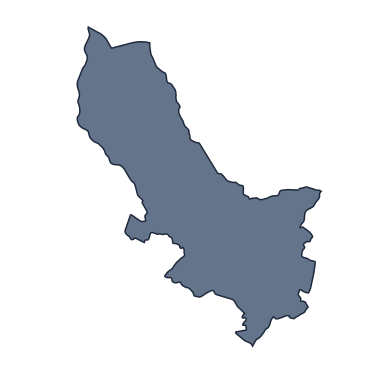 Mashonaland East, orthographic projection, rotated 284°
{"feature_id": "ZWE-528", "entity_name": "Mashonaland East", "entity_type": "Province", "adm_level": 1, "iso_a3": "ZWE", "parent_name": "Zimbabwe", "parent_adm1": "", "projection": "orthographic", "projection_center": [31.478, -17.977], "detail": "fine", "context": "isolated", "style": "filled", "palette": "slate", "viewbox_px": 384, "rotation_deg": 284, "n_neighbors": 0, "source": "natural_earth", "source_scale": "10m", "svg_char_len": 6009}
<svg xmlns="http://www.w3.org/2000/svg" viewBox="0 0 384 384"><g transform="rotate(284 192 192)"><path d="M302.2,54.3L303.1,53.7L304.5,53.1L306.2,52.8L309.4,53.1L315.8,54.5L319.1,54.8L320.7,54.3L323.9,52.4L325.6,51.6L326.9,51.5L323.1,66.0L321.3,69.5L319.7,71.7L312.2,78.9L312.3,79.6L322.4,98.0L325.0,104.2L326.4,111.0L326.5,115.0L325.8,115.0L323.6,115.6L315.9,118.7L314.9,119.4L312.5,121.6L305.5,126.7L304.6,127.8L301.5,133.9L301.2,136.5L300.6,137.5L299.3,138.5L297.8,139.2L296.7,139.5L293.4,140.8L292.8,141.3L292.4,141.8L292.2,142.4L291.9,145.0L291.4,146.2L287.1,150.9L285.0,152.1L283.3,152.6L281.8,153.2L279.9,153.4L276.3,155.0L275.7,155.6L274.4,157.4L272.8,159.1L271.9,159.7L271.1,159.8L270.0,159.4L268.7,159.2L267.8,159.4L266.7,159.7L264.8,160.6L263.2,161.7L258.9,165.9L255.6,168.0L254.7,168.7L253.6,170.1L252.6,172.0L251.8,173.1L251.3,173.7L250.7,174.1L248.5,174.9L246.4,176.1L243.5,177.2L242.4,178.1L241.9,179.2L241.1,183.3L241.1,184.7L241.3,186.5L241.2,187.0L240.8,187.6L216.5,212.3L216.4,213.6L216.6,215.5L216.2,216.6L215.4,218.1L211.6,223.2L211.4,223.9L211.3,224.5L211.1,228.1L211.3,230.0L211.9,231.5L211.9,232.5L210.4,235.6L210.1,236.7L210.4,238.8L210.2,239.9L209.5,240.5L208.5,240.9L203.9,241.9L202.9,242.3L202.1,242.8L201.8,243.7L201.5,245.8L201.0,247.8L199.7,248.8L199.1,249.5L199.5,250.4L200.7,252.2L201.0,253.9L201.9,255.8L201.9,256.7L201.0,259.2L201.0,260.0L201.5,261.1L201.9,262.8L202.9,264.1L204.1,266.5L205.6,268.0L207.7,271.1L208.8,275.1L209.4,276.0L209.8,276.3L210.9,276.8L212.8,276.9L214.0,277.2L214.9,277.8L215.2,278.3L217.4,284.0L219.3,293.4L219.5,294.0L220.1,294.8L221.5,295.7L221.8,296.2L222.3,297.8L223.5,299.6L224.5,301.5L224.6,302.6L224.3,307.1L224.3,309.1L224.0,311.3L224.0,312.7L224.5,315.4L223.8,317.2L223.2,316.7L221.4,316.2L220.6,316.2L218.9,316.8L217.8,316.9L215.8,316.5L211.7,314.4L207.9,313.5L206.3,312.3L202.5,308.2L201.0,307.2L199.3,306.7L197.5,306.8L192.5,307.6L190.5,307.5L187.1,305.9L184.9,305.3L183.9,305.4L183.5,305.7L183.7,306.1L184.4,307.0L184.8,307.9L184.6,308.4L183.9,310.0L183.1,312.3L181.7,315.4L180.8,316.8L180.2,317.7L178.3,319.6L177.6,319.8L177.0,319.7L176.0,319.1L174.8,318.6L173.6,318.6L172.9,318.5L172.3,318.2L172.1,317.7L172.0,316.5L171.6,315.5L169.7,313.6L168.2,312.8L167.6,312.9L167.2,313.2L166.4,314.1L165.8,314.6L165.1,314.7L164.6,314.6L162.5,313.7L161.5,313.4L160.2,313.3L157.4,313.6L156.4,314.1L155.9,314.7L155.8,315.2L155.5,315.8L155.4,320.2L154.3,322.8L154.3,328.1L153.1,328.7L143.1,329.8L127.0,330.3L122.5,329.6L122.2,329.1L122.1,328.5L122.0,327.2L122.1,325.9L122.4,324.6L122.8,323.5L122.7,323.1L123.1,322.5L123.3,321.7L123.3,320.4L122.6,320.1L119.0,319.8L118.0,319.9L117.3,320.5L116.2,322.2L115.5,323.0L114.6,323.4L112.6,323.8L112.3,324.2L112.5,325.1L112.9,326.1L112.7,328.4L108.3,332.5L105.7,331.1L102.7,330.3L101.4,329.1L99.8,327.2L97.8,325.4L96.3,323.7L93.8,321.6L93.7,321.1L93.8,320.2L93.5,319.1L93.6,318.4L94.1,316.8L94.4,316.5L95.3,316.2L95.4,315.8L95.3,315.2L94.8,313.6L94.3,312.7L91.8,309.3L89.7,305.7L89.3,304.7L89.3,304.0L89.4,303.5L90.5,301.8L90.7,301.2L90.0,301.0L87.7,299.9L85.5,299.6L82.7,299.6L79.5,299.0L78.8,298.7L76.6,296.7L75.1,296.1L73.1,295.6L68.6,293.7L66.0,291.9L64.4,290.2L62.6,289.5L57.1,288.1L58.9,286.3L59.6,284.6L60.4,279.6L60.7,278.7L65.1,269.6L65.9,268.5L66.5,268.3L66.9,268.6L67.2,269.0L68.6,272.7L69.3,273.8L71.0,277.8L71.5,277.9L72.3,277.8L74.4,277.0L75.2,276.5L75.6,276.0L75.1,274.0L75.2,273.4L75.6,273.2L78.4,274.0L79.7,275.0L80.3,275.3L81.0,275.4L82.1,275.2L82.7,274.5L82.2,272.4L82.1,271.8L82.3,271.1L82.8,270.9L83.3,271.0L85.7,271.6L86.0,271.7L86.7,272.6L87.2,272.1L91.8,264.0L96.2,259.6L96.9,258.7L97.3,257.8L97.6,256.5L98.3,241.5L98.4,240.6L98.7,239.4L99.2,238.7L100.9,237.4L101.3,236.7L101.5,236.1L100.8,234.5L100.3,233.7L97.5,230.5L93.1,226.6L92.2,225.3L91.8,224.2L91.7,220.6L91.7,219.6L92.0,219.1L92.4,218.7L93.9,217.9L94.7,217.2L95.7,216.0L97.5,213.2L98.0,211.8L98.2,210.9L97.9,209.8L97.9,209.1L98.9,205.7L99.3,204.8L99.8,204.1L101.2,203.1L101.5,202.5L101.6,202.0L100.0,198.4L99.8,196.9L100.0,195.5L100.6,194.4L102.9,193.3L103.4,192.8L103.7,192.2L103.7,191.6L103.0,189.3L102.9,188.4L103.2,187.0L103.5,186.1L103.9,185.9L104.3,186.0L107.9,187.5L109.8,188.7L112.6,191.2L114.6,192.1L116.0,192.4L119.9,194.1L125.0,197.4L127.3,199.5L128.3,199.9L128.9,200.1L129.3,200.0L130.1,199.7L131.4,198.9L133.5,198.6L134.0,198.3L135.8,197.0L136.1,196.5L136.0,196.3L135.1,195.6L134.7,195.1L134.8,194.6L135.1,193.8L136.6,193.1L137.6,191.9L138.0,189.6L138.0,188.4L137.5,186.5L137.7,185.9L141.5,184.2L142.3,183.6L142.9,182.9L143.0,181.8L143.2,181.1L143.6,180.3L144.6,179.3L145.0,178.6L145.3,178.1L145.1,177.2L144.1,175.1L143.8,174.2L143.6,173.1L143.6,171.2L143.5,170.5L142.8,169.2L142.6,168.4L142.6,167.7L143.0,165.9L143.1,164.6L143.0,163.4L142.6,162.3L142.1,161.8L141.1,161.5L137.7,161.6L135.8,161.3L135.1,160.9L134.6,160.2L134.2,158.6L133.9,158.2L133.4,158.0L131.4,157.9L133.5,148.8L133.2,147.0L132.5,147.0L131.8,146.5L131.2,145.1L131.3,144.5L133.5,142.0L135.1,138.5L136.5,137.1L137.9,136.4L154.2,137.8L155.0,138.0L155.1,138.7L154.9,139.4L151.4,148.6L151.2,149.7L151.4,150.9L151.7,152.0L152.2,153.1L152.9,153.9L153.9,153.7L156.2,152.5L157.4,152.1L161.0,153.5L162.1,153.0L163.2,152.2L168.7,146.9L169.8,146.1L170.4,146.1L171.7,146.5L172.4,145.7L173.0,144.7L174.1,142.6L175.7,140.1L185.1,135.0L187.0,133.2L187.2,132.3L188.9,129.6L197.8,120.8L199.5,118.5L200.5,116.1L200.4,113.1L200.0,111.3L199.8,109.3L200.0,107.3L200.9,105.8L202.1,104.8L204.7,103.3L205.9,102.2L207.3,99.8L207.9,99.1L208.5,98.6L210.5,97.4L212.2,95.9L213.6,94.2L215.9,90.2L216.4,89.1L217.0,85.6L217.7,83.6L218.7,81.7L220.0,80.1L221.6,78.8L225.0,77.1L225.9,76.2L226.5,75.2L227.6,70.0L228.4,68.3L229.3,66.7L230.4,65.5L233.3,63.7L235.0,63.0L236.6,62.8L237.5,62.9L239.2,63.7L240.2,63.9L242.4,63.8L244.9,63.2L247.2,62.3L249.2,61.2L250.9,60.0L251.8,59.6L253.0,59.3L257.3,59.5L258.7,59.4L261.4,58.4L266.4,55.4L269.1,54.5L271.7,54.2L285.7,56.0L289.3,57.6L295.3,58.2L297.2,57.9L299.0,57.1L302.2,54.3Z" fill="#64748b" stroke="#1e293b" stroke-width="1.5"/></g></svg>